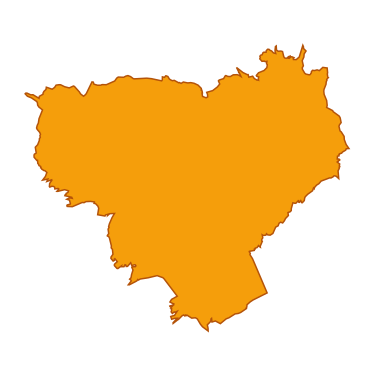 Zapotlán el Grande, Jalisco, Mexico (Albers equal-area conic projection), rotated 356°
{"feature_id": "50627088B58875742455013", "entity_name": "Zapotlán el Grande", "entity_type": "district", "adm_level": 2, "iso_a3": "MEX", "parent_name": "Mexico", "parent_adm1": "Jalisco", "projection": "albers", "projection_center": [-103.511, 19.698], "detail": "fine", "context": "isolated", "style": "filled", "palette": "amber", "viewbox_px": 384, "rotation_deg": 356, "n_neighbors": 0, "source": "geoboundaries", "source_scale": "gbopen_adm2", "svg_char_len": 5868}
<svg xmlns="http://www.w3.org/2000/svg" viewBox="0 0 384 384"><g transform="rotate(356 192 192)"><path d="M312.8,53.4L308.4,64.8L305.2,67.2L302.4,66.9L302.3,65.9L303.1,65.1L301.1,64.1L300.1,64.0L298.3,65.5L297.6,65.3L299.1,64.1L299.3,63.3L297.7,63.7L296.3,64.9L295.2,65.2L293.7,64.7L293.0,63.4L292.1,58.2L290.5,57.6L287.8,57.6L286.2,56.3L286.2,52.2L285.4,52.7L284.8,55.8L284.7,57.3L285.2,59.7L282.9,58.9L281.3,56.9L279.6,56.0L278.7,55.0L277.3,54.9L275.9,56.3L275.7,57.7L273.2,57.6L272.6,57.9L271.5,60.0L269.9,60.4L269.2,61.3L269.5,62.6L268.9,63.9L270.9,66.5L273.3,66.5L274.3,67.2L275.8,66.9L275.3,69.3L276.0,70.1L275.8,71.3L275.3,73.2L272.4,75.8L266.7,77.7L264.3,80.2L264.6,81.0L266.6,81.9L266.1,83.4L266.2,85.1L265.5,84.7L264.8,85.0L262.1,83.2L260.6,80.7L256.7,81.4L256.2,78.8L255.4,78.8L251.2,76.4L245.1,70.9L246.9,75.3L246.9,76.1L247.4,76.1L248.9,80.2L246.8,78.7L245.1,78.1L241.3,78.0L238.3,79.5L235.8,79.2L233.9,78.2L233.3,78.4L231.4,81.1L226.9,82.2L226.1,83.0L227.2,86.2L224.6,89.0L219.7,92.3L213.6,93.6L214.3,95.7L214.3,98.2L212.6,99.0L209.2,97.4L208.9,94.1L209.3,94.0L209.2,92.8L208.9,91.1L208.4,91.1L208.5,89.3L205.5,85.8L201.7,83.7L198.4,82.8L195.4,82.9L191.0,81.7L188.7,82.9L187.0,81.9L186.3,82.1L182.1,79.4L180.1,79.6L178.3,78.5L177.3,77.7L176.0,75.1L174.3,74.3L173.8,74.3L172.6,75.7L170.5,75.1L170.2,78.1L169.5,79.0L159.4,76.1L154.8,75.3L142.4,75.1L141.3,74.8L138.8,72.6L136.2,71.4L134.0,71.8L131.8,72.8L126.4,72.2L124.9,73.1L122.6,75.9L114.0,79.0L109.8,78.6L108.3,79.1L105.2,78.9L101.7,77.6L101.2,75.5L99.9,75.2L93.7,86.0L92.7,87.3L90.5,88.9L87.7,86.4L86.6,84.3L82.1,78.5L81.1,78.0L76.8,79.6L72.3,78.1L68.5,75.9L67.0,75.7L63.9,75.9L62.2,78.1L59.7,79.7L54.0,77.3L53.5,79.5L51.3,81.3L50.3,83.0L50.2,84.1L46.4,85.9L45.9,87.9L40.2,83.9L37.9,83.8L34.2,81.8L33.0,81.8L32.4,82.4L34.5,85.0L38.4,86.9L43.4,90.9L44.0,92.2L44.1,94.6L45.2,96.6L48.6,99.7L44.5,108.2L43.5,112.6L42.3,114.6L41.4,117.3L41.9,118.7L44.1,121.7L44.9,123.8L44.2,125.2L44.5,126.9L43.5,128.1L43.3,129.9L41.3,134.1L38.8,136.4L39.3,142.1L39.1,142.5L37.5,143.2L37.0,144.1L36.9,146.3L39.4,149.7L40.1,149.6L40.2,152.9L40.9,153.6L41.2,155.0L42.8,155.9L42.7,157.3L43.2,157.4L43.7,158.7L45.8,160.3L46.8,160.5L48.6,162.4L46.8,166.3L43.8,169.7L49.2,169.0L47.9,171.4L52.9,170.0L53.0,170.5L50.6,173.5L50.1,176.6L50.5,177.2L52.7,176.5L54.5,176.9L55.3,177.7L55.4,179.4L58.6,179.1L59.2,179.4L59.3,179.9L57.3,181.9L58.2,182.0L65.1,180.8L68.9,182.2L68.2,183.8L66.4,184.6L66.4,185.3L65.4,185.8L64.9,186.8L71.7,188.9L72.1,190.0L69.6,189.3L66.6,190.5L69.2,191.6L69.9,195.2L69.7,195.6L66.6,196.2L66.2,197.1L66.5,197.7L71.6,198.3L81.7,194.8L83.6,195.1L85.5,194.2L90.2,194.3L93.9,195.1L93.5,196.5L94.9,196.8L97.1,199.5L97.8,201.7L96.3,208.1L103.5,209.9L104.1,208.9L106.8,208.3L106.4,209.4L108.4,207.9L113.2,208.0L110.4,212.1L107.3,218.1L106.4,220.8L106.8,221.4L105.7,223.2L106.0,227.7L104.5,229.5L104.5,230.0L105.7,230.6L106.4,232.0L107.8,240.1L107.5,242.1L108.6,243.7L108.8,248.6L106.7,251.2L106.5,252.6L108.5,255.4L109.7,254.9L109.7,253.6L110.4,253.1L112.6,256.3L109.9,258.4L109.4,259.3L109.5,260.1L111.8,263.0L112.7,263.2L116.5,260.8L116.2,261.6L118.9,261.8L120.1,259.9L120.8,260.1L121.2,261.7L122.5,261.7L125.9,258.3L126.8,261.1L129.6,260.6L130.5,260.8L130.9,261.8L130.3,262.5L127.0,262.5L126.7,262.9L127.7,265.7L125.9,270.3L125.2,273.3L123.7,274.6L125.0,275.8L125.2,276.5L122.0,280.1L123.1,280.2L130.8,276.8L131.8,275.5L132.4,276.1L134.3,275.2L142.4,274.5L151.4,273.0L156.9,275.4L157.9,276.4L170.0,294.9L164.1,297.7L162.3,300.2L165.3,302.1L166.0,302.2L165.9,303.3L161.9,304.2L162.0,304.6L164.1,304.8L162.6,306.3L163.6,307.2L163.2,307.7L163.4,309.1L162.8,310.1L163.9,311.8L165.9,310.4L166.6,310.8L168.8,310.0L166.0,313.8L162.1,314.7L162.8,317.5L166.2,316.8L168.5,316.9L164.0,321.1L164.0,321.8L168.4,318.8L169.0,317.5L169.6,318.2L173.6,314.7L175.2,314.1L176.3,315.2L177.1,314.3L177.9,314.9L178.4,314.5L182.9,317.8L186.6,317.7L188.4,318.9L191.2,324.5L193.1,327.2L198.4,331.8L198.5,329.0L198.0,325.6L201.3,322.7L202.1,321.0L202.0,320.1L202.7,319.5L202.9,323.1L206.3,322.3L211.1,325.3L217.3,320.9L220.2,320.0L226.5,316.6L229.6,316.4L232.1,315.6L238.1,312.1L237.8,311.7L238.6,310.7L239.0,308.3L242.5,305.6L245.3,304.0L259.9,297.9L247.7,262.7L245.4,258.5L245.9,257.3L244.9,255.6L245.1,255.2L250.1,254.6L250.3,253.2L251.1,253.2L251.2,252.4L253.0,252.0L254.6,250.1L255.2,251.0L256.3,251.8L256.2,251.0L258.7,246.1L258.2,245.7L258.3,244.1L259.4,242.7L259.1,239.7L259.7,240.2L261.9,240.3L262.9,240.0L263.4,238.9L264.6,240.1L267.0,240.5L269.8,239.0L273.0,232.9L275.6,231.7L276.6,229.3L278.3,228.3L280.3,229.2L282.2,227.1L283.4,225.0L286.5,222.2L286.3,219.2L288.5,218.6L289.7,217.5L289.9,215.5L291.9,209.8L294.1,210.5L294.9,210.4L297.4,208.2L297.6,207.4L297.9,209.7L298.5,209.8L299.9,208.2L300.7,210.3L301.3,210.4L303.4,208.4L304.1,205.5L304.8,204.5L307.3,202.3L312.3,199.2L313.5,196.5L314.1,197.3L314.6,196.0L316.8,193.8L319.1,192.6L321.6,190.1L330.3,187.5L331.6,187.7L333.8,186.7L334.6,185.9L335.6,185.8L337.0,186.4L339.3,188.8L339.2,181.1L340.5,178.8L340.6,177.4L341.2,177.1L340.8,175.5L341.3,174.4L338.9,172.2L339.3,171.6L340.2,171.5L340.6,170.8L341.5,170.6L341.6,170.0L340.9,169.4L339.2,169.2L339.6,166.4L341.2,166.2L341.2,164.8L341.8,164.7L341.9,164.1L344.0,163.7L344.8,162.7L348.2,161.0L348.9,159.6L351.6,159.6L349.1,155.4L347.6,150.4L347.6,147.1L345.1,142.5L343.9,141.3L343.2,136.7L343.7,135.4L345.6,133.2L345.0,128.4L344.2,126.6L338.4,121.7L338.0,120.6L332.2,117.1L332.9,115.0L332.7,110.1L330.6,103.8L330.5,100.6L330.8,99.0L333.2,93.9L333.6,91.4L334.4,89.9L334.2,89.1L335.9,87.4L335.5,87.2L335.2,83.7L335.6,82.6L335.5,77.7L331.2,76.8L327.5,79.8L325.3,78.9L322.7,79.4L320.7,79.0L319.5,80.3L319.3,81.5L318.0,83.1L317.2,83.3L313.8,82.3L312.7,81.3L310.7,77.2L310.7,75.7L311.9,73.9L311.1,68.7L313.0,65.2L313.5,62.1L315.6,59.3L313.3,56.6L313.3,54.8L312.8,53.4Z" fill="#f59e0b" stroke="#b45309" stroke-width="1.5"/></g></svg>